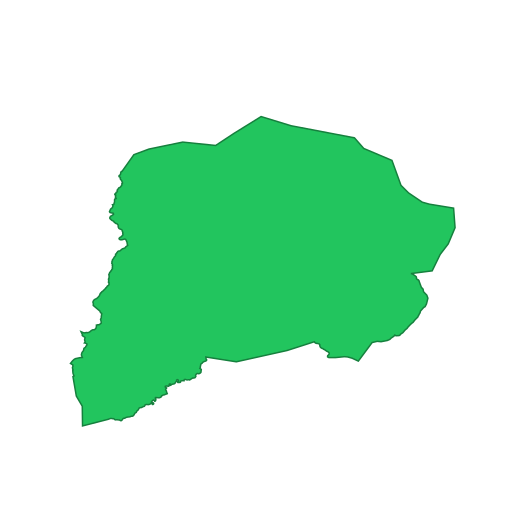 outline of Bayanzu'rx, Hövsgöl, Mongolia, rotated 349°
{"feature_id": "93677404B62399771295539", "entity_name": "Bayanzu'rx", "entity_type": "district", "adm_level": 2, "iso_a3": "MNG", "parent_name": "Mongolia", "parent_adm1": "Hövsgöl", "projection": "robinson", "projection_center": [98.395, 50.238], "detail": "fine", "context": "isolated", "style": "filled", "palette": "green", "viewbox_px": 512, "rotation_deg": 349, "n_neighbors": 0, "source": "geoboundaries", "source_scale": "gbopen_adm2", "svg_char_len": 6044}
<svg xmlns="http://www.w3.org/2000/svg" viewBox="0 0 512 512"><g transform="rotate(349 256 256)"><path d="M436.1,238.2L429.5,234.9L417.8,223.2L411.8,214.3L407.7,188.1L382.3,171.0L375.2,158.8L315.2,134.8L287.6,120.1L258.1,131.3L237.5,139.8L205.8,130.2L171.3,130.6L155.5,133.2L140.6,147.4L140.2,147.3L139.4,147.8L138.9,148.9L138.7,149.8L138.3,150.3L137.0,150.9L136.7,151.5L136.8,152.1L137.8,152.9L137.9,153.1L137.5,154.1L137.5,154.5L138.5,156.4L138.9,158.5L138.7,159.3L138.2,159.3L137.8,160.9L136.4,162.1L136.1,162.5L134.2,163.0L133.7,163.6L132.3,164.8L132.2,165.3L132.4,165.7L132.1,166.4L130.8,166.9L130.3,167.9L129.3,168.2L129.1,168.9L129.9,169.5L129.8,170.0L129.2,171.4L129.2,171.7L129.8,172.7L129.7,172.9L128.5,173.0L128.2,173.3L127.9,173.7L127.4,176.1L126.8,177.0L126.6,177.7L126.4,178.0L125.9,178.2L124.9,178.3L125.2,179.1L125.1,179.5L124.6,180.6L123.9,181.3L122.2,182.2L120.6,184.6L121.1,185.6L123.8,186.7L124.1,186.9L124.1,187.9L122.1,188.9L120.8,189.2L119.9,190.3L119.7,191.1L120.0,191.8L121.3,193.5L123.0,194.8L123.1,195.5L123.3,195.8L124.6,197.3L125.8,197.9L126.2,198.7L126.6,199.3L126.3,201.2L126.6,202.5L127.1,203.2L129.0,204.4L129.5,205.1L129.5,206.5L129.8,207.2L129.5,208.5L129.5,209.3L129.4,209.9L127.3,211.4L126.0,211.8L125.1,212.4L124.9,212.7L125.0,213.4L125.2,213.7L126.0,214.2L127.5,214.5L130.4,214.3L131.2,214.8L131.5,215.6L132.0,217.9L131.9,220.1L132.1,220.7L132.1,221.1L130.0,222.1L128.9,223.1L126.1,223.5L123.2,225.1L121.9,224.9L121.0,225.3L120.6,225.9L120.0,226.2L119.6,227.0L118.5,227.4L118.4,227.7L118.4,228.5L118.1,228.8L117.9,229.2L116.8,229.9L115.6,231.3L114.2,232.6L114.0,233.4L113.5,234.0L113.4,234.9L113.0,235.6L113.5,237.0L113.5,237.3L113.1,237.8L113.3,238.4L113.0,239.2L112.9,239.8L112.6,240.3L112.7,240.8L112.7,241.1L112.5,241.4L111.9,241.7L111.4,242.5L110.7,242.9L110.5,243.4L109.3,244.2L108.2,245.9L108.0,246.1L108.1,246.7L107.9,247.4L108.0,248.0L107.6,249.0L107.6,249.5L107.0,250.1L107.1,250.5L106.7,250.9L106.8,251.7L106.6,252.2L106.6,252.5L106.4,252.8L106.5,253.2L106.3,253.5L106.5,253.8L106.3,254.0L106.6,254.3L106.4,254.7L106.5,255.2L106.2,256.1L105.2,256.9L104.5,257.0L103.0,258.5L102.5,258.6L102.1,259.1L100.7,260.1L100.3,260.4L99.9,260.5L99.1,261.2L97.8,261.7L97.4,262.2L96.8,262.4L96.5,262.9L96.2,262.9L95.8,263.3L94.7,265.1L92.9,266.5L91.5,267.3L89.0,268.0L88.0,268.8L87.2,269.9L87.1,270.3L87.1,270.8L87.3,271.4L86.8,273.5L92.2,280.2L92.6,281.9L93.6,283.0L93.1,284.5L92.6,285.8L92.3,287.3L91.3,288.5L91.5,290.6L91.3,292.3L90.7,292.7L89.0,293.5L87.2,293.3L86.1,293.4L86.1,294.1L85.5,295.6L85.0,296.5L83.5,297.5L81.3,297.3L79.6,298.0L77.9,299.0L75.8,299.1L74.8,298.7L73.3,298.8L72.0,298.4L69.8,296.9L70.6,300.1L70.3,300.6L70.3,300.9L71.2,302.0L72.1,302.7L72.6,303.4L72.6,303.7L71.9,305.0L71.7,305.8L71.9,307.3L71.6,308.1L71.0,308.6L72.0,309.0L73.3,310.2L73.0,311.1L71.7,312.3L71.1,313.1L69.5,313.8L68.6,315.9L66.8,317.5L65.9,319.2L65.7,319.8L66.2,322.5L64.0,322.2L59.1,322.3L57.7,322.8L55.8,324.0L53.4,326.1L55.4,327.9L55.2,329.5L54.5,330.5L54.5,331.9L54.7,332.9L54.3,333.1L54.0,335.8L54.0,336.6L54.5,339.0L53.3,339.4L52.9,359.2L56.8,370.3L53.3,389.7L79.9,388.1L82.1,387.7L83.2,387.9L84.3,388.4L85.3,388.5L85.9,389.4L86.6,390.0L88.6,390.2L89.3,390.6L90.7,390.9L91.5,391.7L92.0,391.9L92.5,391.9L93.3,391.4L94.3,390.4L94.9,390.1L96.3,390.2L97.5,389.7L99.1,389.6L101.6,389.8L102.9,389.5L104.4,389.7L105.5,389.1L107.3,387.1L108.6,386.7L109.4,385.5L111.0,384.6L112.4,382.9L113.2,382.8L114.8,382.9L116.2,382.4L117.8,382.2L118.2,381.8L118.6,381.1L119.9,380.8L122.1,381.4L123.8,381.2L124.6,380.6L125.2,380.5L125.6,380.8L125.9,381.9L126.4,382.1L127.1,381.8L127.4,381.5L127.3,380.9L127.1,380.5L125.6,379.8L125.6,379.3L125.7,379.1L126.9,378.2L127.9,377.8L128.5,378.1L128.8,379.2L128.9,379.3L129.4,379.2L129.9,378.8L130.3,377.6L130.4,377.3L130.0,376.2L130.3,375.8L130.7,375.8L133.7,376.7L134.5,376.7L135.7,376.4L136.2,376.0L136.4,375.5L136.7,375.2L137.4,375.2L138.4,374.7L139.8,374.8L140.9,374.4L142.3,374.4L142.7,373.9L142.3,373.1L142.3,371.4L141.9,370.6L141.8,369.9L141.8,369.5L142.1,369.2L142.7,369.0L143.1,368.5L142.0,367.5L141.9,367.2L142.1,366.6L143.1,366.5L145.5,367.2L146.1,366.5L146.3,365.4L146.8,365.1L147.4,365.3L147.1,366.5L147.5,366.7L149.0,365.9L151.1,365.9L151.8,365.7L152.5,365.2L153.3,364.3L154.3,363.5L154.4,362.6L155.1,362.3L155.8,362.7L156.0,363.0L156.1,363.5L156.1,363.8L155.1,364.7L155.1,365.2L155.7,365.4L157.3,365.6L157.8,365.4L158.0,364.7L158.4,364.4L159.7,364.3L161.6,364.7L161.7,364.1L162.1,363.6L163.2,363.7L164.6,364.5L166.3,364.6L167.2,364.8L167.3,365.0L170.5,363.7L171.6,363.9L172.9,363.8L174.0,362.7L173.9,361.6L174.3,361.0L175.3,360.3L175.8,360.1L177.5,360.7L179.1,360.2L179.8,359.6L180.3,357.9L180.6,357.2L180.6,356.8L179.4,355.6L180.1,354.8L180.2,354.0L180.7,353.2L180.7,352.8L181.2,351.6L182.6,351.0L183.3,350.3L184.9,349.7L186.7,349.5L187.5,349.1L187.8,348.5L187.3,347.7L187.4,347.2L187.5,345.6L216.5,356.1L268.5,354.7L296.9,351.3L297.2,352.1L297.7,352.7L298.5,353.3L299.5,353.5L300.9,354.2L301.4,354.6L301.7,355.3L301.5,356.2L301.6,357.0L301.8,357.8L302.2,358.4L303.2,359.3L304.0,359.7L304.6,360.5L305.3,360.9L307.3,363.0L308.7,364.0L309.0,364.6L309.3,365.0L309.2,366.0L308.5,366.8L307.5,367.4L307.3,367.6L307.0,368.6L307.6,369.3L308.4,369.7L314.8,370.9L323.5,371.7L326.5,372.5L330.9,374.7L336.4,378.7L353.5,363.1L358.7,362.9L362.4,364.0L368.8,364.0L371.5,363.4L373.1,362.3L376.0,361.1L377.2,360.1L377.9,360.8L378.2,361.0L380.4,361.3L381.3,361.4L382.1,361.2L383.3,360.2L385.5,359.3L388.5,356.9L390.3,356.0L391.0,355.4L391.6,354.8L394.4,352.8L396.0,351.8L397.5,351.1L399.9,349.0L403.2,346.8L403.6,346.0L404.2,345.6L404.7,344.7L406.2,343.1L406.9,341.5L410.8,338.5L412.3,338.0L413.5,336.5L414.2,335.6L416.7,330.2L416.2,327.0L413.8,323.3L413.6,322.6L413.7,321.0L413.5,320.0L413.1,319.3L412.6,318.9L412.3,318.1L411.4,312.5L411.3,311.3L410.7,310.3L410.2,310.1L409.2,308.9L409.4,307.5L409.3,306.9L409.0,306.5L406.9,304.2L405.5,303.1L404.7,302.8L426.1,304.2L437.1,289.6L447.0,280.8L456.8,266.2L459.1,246.7L436.1,238.2Z" fill="#22c55e" stroke="#15803d" stroke-width="1.5"/></g></svg>